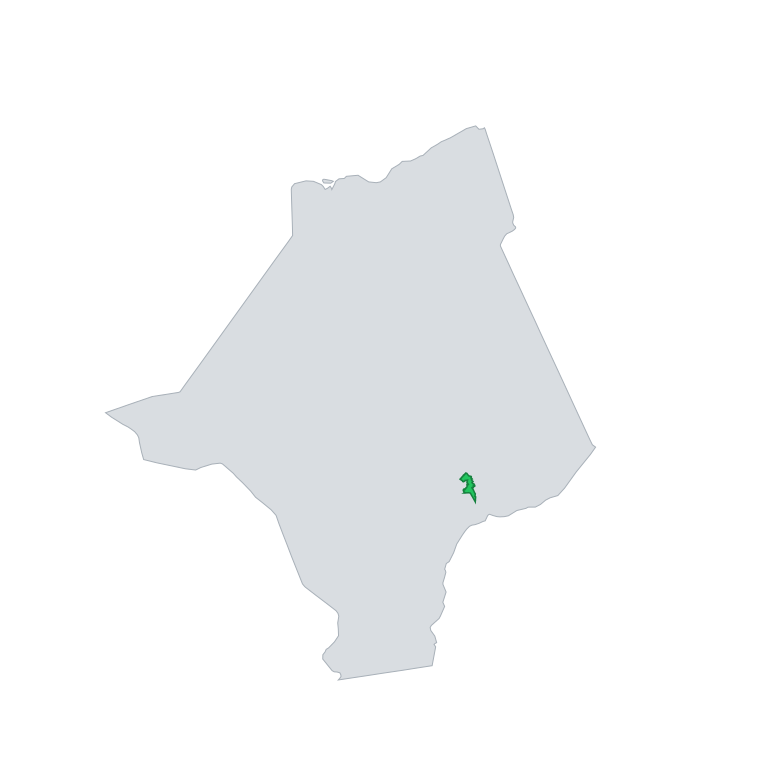 Marakwet West, Rift Valley, Kenya shown in context, rotated 216°
{"feature_id": "3690345B12316778885623", "entity_name": "Marakwet West", "entity_type": "district", "adm_level": 2, "iso_a3": "KEN", "parent_name": "Kenya", "parent_adm1": "Rift Valley", "projection": "mercator", "projection_center": [35.451, 1.024], "detail": "fine", "context": "in_parent", "style": "filled", "palette": "green", "viewbox_px": 768, "rotation_deg": 216, "n_neighbors": 0, "source": "geoboundaries", "source_scale": "gbopen_adm2", "svg_char_len": 6762}
<svg xmlns="http://www.w3.org/2000/svg" viewBox="0 0 768 768"><g transform="rotate(216 384 384)"><path d="M175.7,457.3L175.6,448.4L176.8,425.7L176.7,405.9L177.8,395.9L182.7,389.6L185.0,385.0L186.6,378.6L189.2,373.4L195.0,369.1L196.1,366.8L202.2,359.7L205.9,350.5L208.7,347.4L212.2,344.6L214.7,343.1L218.7,341.6L221.9,340.7L222.5,340.0L222.8,338.5L221.7,332.8L223.1,331.0L225.2,327.2L227.7,323.7L229.9,321.5L231.2,319.1L231.8,315.2L231.9,312.3L231.8,307.7L231.1,297.3L228.5,288.5L226.9,278.7L228.1,275.4L226.0,269.7L225.0,269.4L223.3,268.1L221.2,262.7L219.5,257.8L218.5,256.5L211.5,252.2L208.1,242.0L204.2,239.7L202.0,229.6L201.6,226.7L203.8,216.5L203.6,214.2L201.3,212.1L194.7,209.9L189.4,205.7L190.1,204.3L190.5,202.8L187.7,201.7L179.5,184.4L190.0,174.0L200.6,163.4L214.2,150.1L226.6,137.8L237.4,127.2L247.0,117.7L246.8,119.6L246.8,122.0L248.0,123.4L250.0,124.4L252.7,123.4L255.1,121.9L257.5,121.6L271.9,125.5L274.3,129.0L274.2,132.7L274.8,135.3L273.7,138.0L272.5,146.2L272.8,153.6L277.1,159.1L281.0,163.5L284.1,169.6L286.4,171.4L289.5,172.4L299.4,172.7L314.1,173.0L328.2,173.4L329.5,173.6L332.5,174.4L345.5,182.6L357.4,190.1L367.5,196.7L377.3,203.0L386.8,209.2L394.1,214.3L401.4,215.9L413.2,216.6L421.4,216.9L428.9,219.0L440.2,221.0L448.6,222.1L453.6,223.2L467.7,224.4L470.0,223.7L476.2,218.0L483.1,208.8L485.8,203.7L494.8,198.7L510.6,191.6L521.7,186.6L534.0,181.6L539.6,186.0L547.4,192.9L550.8,196.4L553.6,197.9L557.8,198.9L562.9,198.9L565.7,198.8L571.4,197.9L584.8,197.0L592.4,197.1L586.0,206.3L578.3,217.4L564.1,237.7L553.3,248.4L545.2,256.5L544.4,257.9L544.5,266.9L544.5,289.0L544.7,333.0L544.9,377.0L545.1,421.0L545.1,443.0L545.2,450.4L552.3,459.7L559.3,468.7L568.6,480.7L573.5,487.1L574.4,489.2L574.1,493.5L566.5,502.5L560.2,506.5L551.9,508.5L549.3,508.1L546.0,506.8L544.8,509.0L543.8,512.3L541.9,511.6L540.5,510.6L541.4,516.6L542.2,519.5L541.0,523.5L536.9,527.0L536.5,529.9L527.7,537.6L515.2,538.5L508.6,542.3L505.7,545.4L503.5,552.2L504.2,562.7L500.8,570.7L500.1,574.8L493.6,580.0L490.8,584.8L488.7,589.7L486.8,591.8L484.6,602.8L481.6,609.4L480.8,611.6L480.1,613.6L477.7,617.5L476.2,620.2L475.1,622.0L467.5,639.0L461.5,646.7L456.9,645.9L453.8,648.8L453.4,650.3L451.8,649.5L447.9,646.6L439.9,640.9L431.8,635.1L423.8,629.3L415.8,623.5L407.8,617.7L399.8,611.9L391.8,606.1L383.8,600.3L379.1,597.0L377.0,595.0L375.3,591.0L374.6,590.0L372.4,588.7L369.9,588.4L369.2,587.7L369.2,585.8L370.1,583.0L373.0,577.7L373.3,574.6L372.8,571.0L371.8,565.3L371.0,564.1L365.7,561.1L354.6,554.9L343.5,548.6L332.3,542.4L321.2,536.2L310.1,530.0L298.9,523.8L287.8,517.5L276.7,511.3L265.6,505.1L254.4,498.9L243.3,492.7L232.2,486.5L221.0,480.2L209.9,474.0L198.8,467.8L187.7,461.6L183.5,459.3L179.7,457.3L175.7,457.3ZM546.0,517.7L544.1,518.2L545.1,515.2L550.8,511.3L553.1,512.2L553.6,513.1L553.4,513.9L552.5,514.6L546.0,517.7Z" fill="#d9dde1" stroke="#a8b0b8" stroke-width="1"/><path d="M266.3,354.5L266.3,354.4L266.2,354.3L266.2,354.2L266.2,353.9L266.3,353.8L266.4,353.6L266.3,353.4L266.2,353.3L266.1,353.2L266.2,352.9L266.3,352.7L266.2,352.5L266.3,352.5L266.4,352.4L266.5,352.2L266.6,351.9L266.5,351.6L266.2,351.6L265.8,351.7L265.6,351.7L265.4,351.7L265.2,351.7L264.9,351.7L264.6,351.7L264.4,351.8L264.0,351.8L263.9,351.8L263.7,351.8L263.4,351.7L263.1,351.7L263.0,351.4L262.9,351.4L262.7,351.5L262.4,351.5L262.3,351.8L262.3,352.0L262.2,352.1L262.0,352.3L261.9,352.3L261.8,352.6L261.8,352.8L261.8,353.0L261.6,353.4L261.7,353.6L261.4,353.7L261.4,353.8L261.2,353.9L261.2,354.0L261.1,354.3L260.9,354.4L260.7,354.6L260.4,354.6L260.3,354.8L260.2,354.9L260.2,355.0L259.9,355.4L259.8,355.2L259.9,354.9L259.8,354.6L259.7,354.4L259.7,354.2L259.3,354.1L259.2,354.0L259.1,353.9L258.9,353.7L258.8,353.4L258.9,353.2L258.9,352.9L258.7,352.8L258.4,352.9L258.2,352.9L257.8,352.8L257.8,352.7L257.7,352.7L257.4,352.6L257.5,352.5L257.7,352.3L257.7,352.2L257.4,352.1L257.4,352.3L257.2,352.4L257.0,352.1L256.9,352.1L257.0,351.9L257.3,351.7L257.4,351.8L257.5,352.0L257.6,351.9L257.8,351.7L257.8,351.4L257.6,351.3L257.4,351.2L257.4,350.9L257.2,350.7L256.8,350.7L256.7,350.7L256.7,350.4L256.7,350.2L256.6,349.9L256.4,349.6L256.4,349.4L256.4,349.2L256.4,348.8L256.5,348.7L256.7,348.4L256.7,348.2L256.5,347.8L256.4,347.7L256.4,347.4L256.4,347.2L256.4,346.9L256.4,346.7L256.5,346.4L256.4,346.3L256.4,346.1L256.5,346.0L256.7,346.3L256.8,346.3L257.0,346.2L257.3,346.2L257.4,346.3L257.5,346.2L257.7,345.7L257.7,345.4L257.7,345.2L257.5,344.9L257.4,344.6L257.2,344.5L257.1,344.3L257.0,344.2L256.8,344.2L256.7,344.3L256.6,344.2L256.4,344.2L256.2,344.0L256.0,343.9L255.9,343.8L255.9,343.6L255.7,343.5L255.5,343.4L255.4,343.5L255.1,343.6L255.1,343.3L255.0,343.1L255.1,342.9L254.8,343.1L253.6,344.1L253.4,344.3L253.2,344.5L252.9,344.8L252.4,345.1L252.0,345.4L251.7,345.8L251.1,346.0L250.9,346.1L250.0,346.5L249.5,346.3L248.2,345.6L247.5,345.3L246.8,345.0L246.7,345.0L246.0,344.7L245.4,344.4L240.9,342.3L241.1,342.6L241.4,343.3L241.5,343.5L242.0,344.1L242.3,344.6L242.6,345.1L243.5,346.6L243.8,346.6L244.0,346.6L244.4,346.6L244.4,346.8L244.9,347.5L245.0,347.8L245.2,348.1L245.3,348.2L245.3,348.3L245.6,348.7L245.6,348.8L246.0,349.0L246.4,349.1L246.7,349.3L247.0,349.4L247.3,349.5L247.7,349.8L248.9,350.5L249.1,350.6L249.3,350.8L249.8,350.9L249.9,351.0L250.1,351.0L250.4,351.2L251.2,351.4L251.5,351.5L251.9,351.7L251.9,351.8L251.9,352.0L251.8,352.3L251.6,352.3L250.9,352.4L250.9,352.6L251.0,352.7L251.1,353.0L251.3,353.5L251.4,353.8L251.2,353.8L250.7,354.1L250.6,354.3L251.1,354.4L250.9,354.5L250.8,354.8L250.9,355.3L251.0,355.4L251.4,355.5L251.8,355.6L252.0,355.7L252.3,355.8L252.6,355.9L252.7,356.0L252.8,355.9L253.0,355.8L253.0,355.7L253.4,355.6L253.6,355.7L254.0,355.7L254.5,355.8L254.9,355.9L254.9,356.3L254.8,356.7L254.7,356.8L254.6,357.1L254.7,357.4L254.7,357.5L254.9,357.5L255.9,357.6L256.1,357.7L256.5,357.7L257.1,357.8L257.5,357.9L257.4,357.9L257.3,358.0L257.2,358.1L257.2,358.3L257.2,358.5L256.9,358.8L256.8,359.0L257.2,359.1L257.8,359.1L258.5,359.1L258.5,359.3L258.5,359.5L258.6,359.8L258.7,360.0L258.7,360.3L258.7,360.5L258.6,360.8L258.7,360.7L258.8,360.6L259.1,360.5L259.2,360.4L259.3,360.4L259.5,360.3L259.7,360.2L259.8,360.1L260.0,360.1L260.4,360.0L260.6,359.9L260.7,359.7L260.9,359.6L261.0,359.6L261.3,359.5L261.5,359.6L262.1,359.7L262.5,359.8L263.0,359.9L263.2,360.0L263.3,360.0L263.6,360.1L263.9,360.2L264.1,360.3L264.3,360.4L264.5,360.4L264.8,360.3L264.9,360.2L265.2,360.2L265.4,360.1L265.6,360.0L265.6,359.8L265.6,359.7L265.6,359.4L265.7,359.2L265.6,358.9L265.5,358.7L265.7,358.4L265.7,358.2L265.8,358.0L265.7,357.9L265.7,357.7L265.7,357.4L265.9,357.5L266.0,357.4L266.1,357.1L266.2,356.9L266.2,356.7L266.2,356.4L266.1,356.1L266.0,355.9L266.0,355.7L266.0,355.4L265.9,355.2L266.0,355.0L266.2,354.8L266.2,354.6L266.3,354.5L266.3,354.5Z" fill="#22c55e" stroke="#15803d" stroke-width="1.5"/></g></svg>